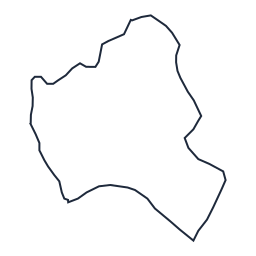 outline of Thaechon, P'yŏngan-bukto, North Korea
{"feature_id": "82179303B82011588476807", "entity_name": "Thaechon", "entity_type": "district", "adm_level": 2, "iso_a3": "PRK", "parent_name": "North Korea", "parent_adm1": "P'yŏngan-bukto", "projection": "mercator", "projection_center": [125.154, 40.185], "detail": "fine", "context": "isolated", "style": "outline", "palette": "slate", "viewbox_px": 256, "rotation_deg": 0, "n_neighbors": 0, "source": "geoboundaries", "source_scale": "gbopen_adm2", "svg_char_len": 950}
<svg xmlns="http://www.w3.org/2000/svg" viewBox="0 0 256 256"><path d="M130.8,19.9L124.0,34.2L108.4,41.0L102.1,44.4L100.4,53.1L98.7,61.7L95.4,66.9L86.1,66.8L80.0,63.3L72.2,68.4L65.8,75.3L58.0,80.4L53.2,83.8L47.1,83.8L41.0,76.8L34.8,76.8L31.6,80.2L31.5,88.8L32.8,97.5L32.6,106.1L30.9,114.8L30.7,123.4L30.4,123.6L35.7,134.3L39.4,143.0L39.4,150.4L40.7,152.9L44.4,160.3L48.1,166.5L54.3,175.1L59.3,181.3L61.8,192.4L64.3,198.6L68.0,199.9L68.2,202.3L77.9,198.6L86.6,192.4L99.0,186.3L110.2,185.0L127.6,187.5L135.0,190.0L147.4,198.6L154.9,208.5L169.8,220.9L179.7,229.5L193.4,240.6L198.3,230.8L207.0,219.6L213.2,207.3L220.7,191.2L222.1,188.1L225.6,180.1L223.2,171.4L209.5,164.0L198.3,159.1L188.4,147.9L184.7,138.0L193.4,129.3L198.3,120.7L201.2,116.0L193.8,100.4L187.8,91.7L180.4,77.9L177.5,70.9L176.1,62.3L176.2,55.4L179.6,45.0L172.1,32.8L166.0,25.9L158.4,20.6L150.8,15.4L141.4,17.0L132.1,20.4L130.8,19.9Z" fill="none" stroke="#1e293b" stroke-width="2"/></svg>